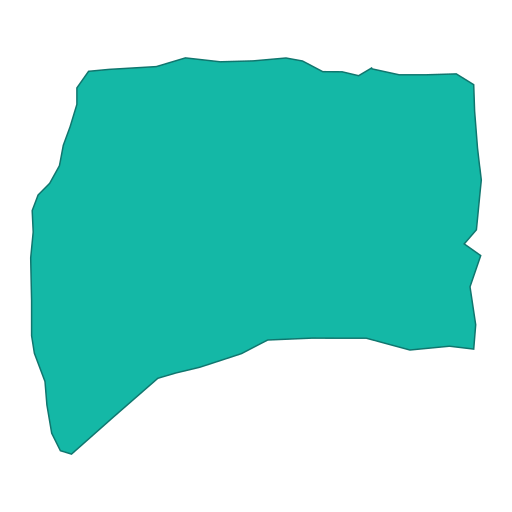 Gbeapo, River Gee, Liberia (Mercator projection)
{"feature_id": "62588387B88320605520745", "entity_name": "Gbeapo", "entity_type": "district", "adm_level": 2, "iso_a3": "LBR", "parent_name": "Liberia", "parent_adm1": "River Gee", "projection": "mercator", "projection_center": [-7.976, 5.249], "detail": "fine", "context": "isolated", "style": "filled", "palette": "teal", "viewbox_px": 512, "rotation_deg": 0, "n_neighbors": 0, "source": "geoboundaries", "source_scale": "gbopen_adm2", "svg_char_len": 949}
<svg xmlns="http://www.w3.org/2000/svg" viewBox="0 0 512 512"><path d="M90.9,71.1L88.6,71.3L76.9,87.9L76.9,104.4L70.1,126.8L63.3,145.3L60.1,162.4L59.4,165.8L49.7,183.3L38.1,195.0L36.0,200.6L32.2,210.6L33.2,232.0L30.7,257.8L30.8,263.2L31.2,282.8L31.6,300.7L31.6,333.1L31.6,335.7L34.4,353.3L45.0,381.5L46.9,404.9L51.7,433.2L60.4,450.7L71.5,454.1L113.2,417.2L157.8,378.3L161.1,377.3L175.7,373.0L199.9,367.2L241.5,353.6L253.2,347.5L261.1,343.4L267.7,340.0L312.2,338.1L338.4,338.2L366.3,338.2L409.9,350.0L449.5,346.2L471.3,348.8L473.7,349.1L475.7,324.8L472.1,300.8L470.0,286.8L480.7,255.6L464.2,243.9L476.4,229.8L477.7,216.6L479.9,193.9L481.3,180.1L480.0,169.0L479.5,165.4L477.5,148.0L474.6,111.0L473.7,84.7L456.3,73.9L426.3,74.8L399.2,74.8L372.1,68.9L371.6,68.0L358.6,75.7L342.1,71.8L322.8,71.7L302.5,61.0L286.0,58.0L253.1,60.9L220.2,61.8L193.6,58.8L185.4,57.9L156.3,66.6L108.9,69.4L90.9,71.1Z" fill="#14b8a6" stroke="#0f766e" stroke-width="1.5"/></svg>